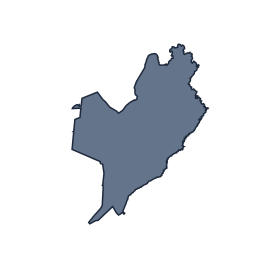 Smiltene, Smiltenes, Latvia (Natural Earth projection), rotated 308°
{"feature_id": "27541924B48400059741255", "entity_name": "Smiltene", "entity_type": "district", "adm_level": 2, "iso_a3": "LVA", "parent_name": "Latvia", "parent_adm1": "Smiltenes", "projection": "natural_earth1", "projection_center": [25.912, 57.423], "detail": "fine", "context": "isolated", "style": "filled", "palette": "slate", "viewbox_px": 256, "rotation_deg": 308, "n_neighbors": 0, "source": "geoboundaries", "source_scale": "gbopen_adm2", "svg_char_len": 5956}
<svg xmlns="http://www.w3.org/2000/svg" viewBox="0 0 256 256"><g transform="rotate(308 128 128)"><path d="M106.2,181.0L106.7,181.1L107.0,181.0L107.6,181.9L109.0,182.7L109.0,182.9L109.4,183.4L109.8,183.5L110.2,183.4L110.7,183.7L111.2,183.7L111.0,183.4L111.3,183.3L112.2,183.4L112.9,183.0L113.8,183.4L114.1,183.0L115.9,182.9L116.2,182.8L116.1,182.5L116.7,181.9L117.5,182.3L117.8,182.6L119.3,182.6L119.3,182.8L120.3,183.3L120.5,183.2L120.5,182.7L121.6,182.2L121.7,181.8L122.8,181.2L123.1,180.7L124.6,180.3L125.4,179.8L125.5,179.7L124.6,179.6L124.7,179.3L125.2,179.2L125.4,178.8L126.6,178.4L126.8,178.5L126.8,178.8L128.3,178.5L128.5,177.9L129.2,178.3L131.8,178.5L132.7,179.2L132.9,179.6L133.5,179.3L134.2,179.4L136.0,179.9L136.5,180.4L138.1,180.8L138.0,181.2L138.3,181.5L139.1,181.1L139.4,181.2L139.2,181.5L139.7,181.6L140.1,181.8L140.8,181.9L141.5,181.7L141.4,181.9L142.5,182.2L142.6,182.8L142.7,183.0L143.4,182.7L143.6,182.9L143.5,183.0L144.4,183.3L144.2,184.0L144.9,183.9L145.3,184.2L145.6,183.8L146.2,183.6L146.8,183.4L147.2,183.5L146.9,183.2L147.8,183.0L147.9,182.1L147.7,181.6L148.4,181.7L149.0,181.1L150.1,180.9L150.1,180.1L151.0,180.1L151.0,179.7L151.2,179.3L151.6,179.3L151.8,180.5L152.3,180.6L152.6,180.4L152.4,180.1L154.1,179.5L154.3,179.1L154.2,178.8L154.5,178.7L155.0,179.3L154.8,179.4L155.0,179.9L155.3,179.6L155.6,179.2L156.4,179.6L156.6,178.7L156.8,178.6L157.2,178.9L157.7,179.6L158.5,179.4L158.8,180.0L159.7,179.6L160.1,179.7L160.2,180.1L160.7,180.4L160.8,180.3L160.9,179.8L161.2,179.6L162.7,180.3L162.7,180.6L162.9,180.7L163.5,180.6L163.7,181.0L165.3,181.6L166.4,181.5L166.9,181.8L167.4,181.5L168.2,181.6L169.6,181.1L172.0,181.0L172.4,181.4L173.4,180.6L173.7,180.9L174.7,180.7L175.3,180.8L175.7,180.5L176.1,180.7L176.7,180.7L177.8,179.9L177.9,179.2L178.4,178.7L179.1,178.7L179.0,179.2L179.1,179.4L179.6,179.4L179.7,179.6L179.2,179.9L179.1,180.2L180.0,180.2L180.4,180.0L181.6,180.0L181.7,179.9L181.2,179.4L181.4,179.1L182.1,178.7L183.1,179.3L183.7,179.4L184.1,179.9L184.7,179.7L185.7,178.8L188.0,179.6L188.3,179.2L188.9,179.2L189.6,178.7L190.1,178.8L190.2,178.6L189.7,178.1L189.9,177.9L191.9,178.5L192.2,179.0L193.0,179.0L192.9,178.4L192.0,177.3L191.3,177.1L191.6,176.6L191.4,176.3L191.5,176.0L192.1,175.9L192.4,175.5L191.8,175.0L191.6,174.6L192.3,174.1L193.3,174.0L193.6,173.1L193.6,172.4L192.7,172.0L192.4,170.8L192.9,170.4L193.2,169.6L193.5,169.4L194.4,169.5L194.6,169.3L194.1,168.6L194.2,168.3L194.0,168.2L193.8,167.9L194.1,167.7L195.7,167.2L195.9,167.0L195.5,165.7L196.0,165.0L195.7,164.6L194.0,164.5L193.8,164.2L194.3,163.7L194.3,163.3L193.3,163.4L193.1,163.1L193.7,162.8L193.8,162.2L194.2,162.0L194.4,162.0L195.6,163.2L196.1,163.2L195.8,162.3L195.1,161.8L195.1,161.2L195.7,160.8L196.6,160.5L198.6,160.2L199.1,159.7L198.9,158.5L199.0,157.0L198.8,156.4L199.2,156.0L199.2,155.7L198.2,155.2L197.6,154.5L198.0,153.7L199.3,153.1L199.4,152.8L199.1,152.3L199.2,151.0L199.4,150.5L200.0,150.1L200.1,149.7L200.1,149.4L199.7,148.7L199.8,148.4L200.0,148.3L200.6,148.4L201.5,148.2L202.5,148.3L203.6,148.0L205.0,147.2L205.5,146.2L205.8,146.1L206.4,146.7L209.3,146.5L210.1,146.8L210.8,146.6L211.6,146.8L213.3,145.8L215.8,146.5L217.6,145.6L219.4,146.0L220.2,145.4L221.1,145.3L221.2,144.6L219.1,144.3L218.7,144.0L219.0,143.6L220.3,143.1L220.5,142.8L220.8,141.9L221.1,141.4L221.3,140.9L220.9,140.0L221.3,139.0L221.0,138.6L220.6,138.6L219.2,138.9L218.8,138.8L218.7,137.5L220.6,136.0L221.8,136.3L222.6,136.0L222.9,135.4L223.8,134.4L223.7,133.8L224.6,133.7L225.5,133.2L225.8,132.7L225.8,132.3L225.2,131.5L225.7,130.2L225.2,130.1L224.4,129.8L224.3,129.2L223.1,128.2L220.8,127.2L220.7,126.3L222.5,125.1L222.5,124.7L222.3,124.4L222.5,124.1L223.1,124.0L223.6,123.4L223.9,123.3L225.3,123.8L226.4,122.7L226.9,121.9L227.0,120.3L226.9,119.9L225.4,119.7L225.4,119.4L225.9,118.3L225.9,117.7L225.6,117.0L224.8,116.1L224.0,116.2L222.8,117.2L222.2,117.4L221.5,117.2L221.3,116.5L220.0,115.7L219.8,115.2L220.1,114.7L220.0,113.8L219.5,113.0L219.1,112.9L218.2,113.3L217.0,113.3L215.3,112.9L214.0,113.7L213.8,114.0L214.1,114.8L215.4,115.1L215.5,115.6L214.7,116.5L213.5,117.2L211.6,117.6L211.5,117.9L212.4,118.9L211.0,120.5L210.6,120.5L209.9,119.6L209.5,119.6L208.9,119.6L208.3,120.0L207.3,119.9L206.5,119.4L205.4,119.4L204.7,119.6L203.8,120.3L201.0,119.7L201.8,118.6L200.1,117.8L198.7,116.5L197.3,114.3L197.2,113.8L197.4,113.2L198.2,112.3L198.6,112.3L198.7,111.8L199.0,111.2L200.0,110.5L200.7,108.8L200.9,108.6L202.1,108.4L202.3,108.1L202.3,107.2L202.8,107.0L203.2,106.5L203.4,105.3L203.6,104.8L202.9,103.1L200.7,101.0L198.8,100.0L198.4,100.0L198.1,99.8L197.2,99.6L196.5,99.9L194.8,100.2L192.7,100.8L191.0,101.7L188.3,102.4L188.0,102.6L187.9,103.0L187.6,103.2L186.2,103.8L184.8,104.2L170.0,106.0L163.6,108.1L162.4,110.1L160.5,111.4L158.8,113.2L158.9,114.9L158.5,115.8L156.3,117.2L154.6,116.7L153.9,115.6L153.2,115.8L152.4,115.0L148.9,113.7L144.7,112.8L138.5,112.9L133.9,111.5L134.2,108.5L133.2,100.6L134.7,94.5L135.0,90.4L137.4,81.8L123.1,73.5L116.5,77.5L115.7,76.8L115.5,76.4L115.6,76.2L116.3,75.5L116.4,75.2L115.2,75.2L115.3,74.2L115.2,73.8L114.9,73.4L112.6,72.3L110.7,72.1L110.1,71.8L109.0,72.2L114.7,78.8L113.8,79.1L106.7,83.7L103.7,81.8L101.9,81.0L92.1,87.2L91.6,87.1L91.8,87.4L76.7,97.1L84.3,126.3L84.4,126.8L83.4,127.6L83.1,128.4L83.9,130.3L77.5,137.0L68.5,142.6L67.1,143.1L67.4,143.5L65.8,145.1L51.1,155.4L48.7,155.8L47.3,155.9L38.1,155.3L30.3,155.1L29.3,155.2L29.0,156.9L34.5,159.3L36.1,160.5L36.8,161.3L56.7,164.3L54.0,171.0L53.6,174.1L55.5,175.0L58.0,175.5L57.6,177.8L58.6,178.0L58.9,177.8L58.7,177.0L58.8,176.3L59.2,175.6L60.1,174.9L67.0,173.0L69.7,172.0L70.8,171.7L71.2,171.9L74.0,170.4L75.0,170.3L76.0,170.5L77.1,171.2L77.9,171.0L79.0,171.0L79.8,171.5L80.6,171.7L81.8,171.6L82.9,172.0L84.3,171.9L85.3,172.3L85.6,172.8L86.7,172.9L87.4,173.7L88.7,174.1L89.0,174.4L89.3,174.2L89.9,174.9L90.5,174.8L93.3,175.8L94.7,176.7L96.3,177.3L96.5,177.1L98.6,177.2L100.8,178.5L103.7,179.5L105.9,180.7L106.2,181.0Z" fill="#64748b" stroke="#1e293b" stroke-width="1.5"/></g></svg>